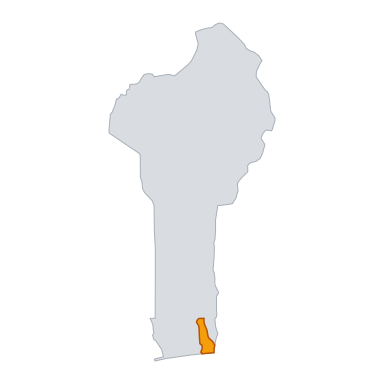 Ouémé highlighted on a map of Benin
{"feature_id": "BEN-2177", "entity_name": "Ouémé", "entity_type": "Department", "adm_level": 1, "iso_a3": "BEN", "parent_name": "Benin", "parent_adm1": "", "projection": "albers", "projection_center": [2.527, 6.671], "detail": "fine", "context": "in_parent", "style": "filled", "palette": "amber", "viewbox_px": 384, "rotation_deg": 0, "n_neighbors": 0, "source": "natural_earth", "source_scale": "10m", "svg_char_len": 2372}
<svg xmlns="http://www.w3.org/2000/svg" viewBox="0 0 384 384"><path d="M155.0,361.0L154.4,359.1L163.5,356.7L161.6,349.5L156.0,340.9L153.7,339.4L152.6,335.1L154.0,332.3L153.3,330.5L152.9,324.7L150.1,318.4L155.2,318.1L155.2,297.7L155.3,278.1L155.3,261.4L155.3,248.2L154.4,232.4L154.2,220.8L154.1,205.5L152.2,200.7L144.6,192.6L142.5,188.4L142.1,182.8L140.4,177.1L140.3,167.1L140.2,155.4L139.5,153.6L131.2,148.0L119.5,140.1L110.5,134.0L109.8,133.6L108.9,132.1L110.3,114.4L112.2,112.1L115.1,104.8L116.5,98.9L117.8,99.0L119.6,97.0L121.1,94.2L122.6,94.8L125.2,95.4L126.4,94.4L126.3,92.2L127.1,90.0L129.2,89.1L129.7,87.1L129.8,84.8L131.5,84.2L134.6,84.3L137.0,83.6L139.0,82.5L141.6,77.9L143.1,76.3L143.5,75.2L145.0,74.2L149.0,73.7L152.2,74.1L154.3,76.7L168.2,74.4L174.8,75.8L188.4,64.3L191.4,60.9L195.5,52.8L196.9,49.6L198.2,44.0L195.5,33.7L195.7,31.9L201.2,29.7L208.2,27.9L210.9,27.8L212.7,26.9L215.2,24.7L219.3,23.0L221.8,23.6L223.3,23.9L237.9,37.5L244.3,44.4L246.0,48.0L249.3,50.5L254.1,52.1L258.6,55.6L262.0,60.6L259.8,64.1L256.4,71.3L256.2,77.0L264.4,89.0L265.4,90.2L267.5,92.0L268.6,94.3L269.6,100.2L270.2,106.8L270.8,111.3L274.8,117.6L275.1,120.1L272.3,129.5L271.7,130.5L271.0,130.8L266.7,130.0L264.9,131.0L262.6,134.2L261.2,137.4L261.2,138.7L264.9,144.6L262.6,153.2L260.1,158.5L255.8,161.5L251.9,162.3L249.2,163.7L247.6,165.6L247.8,171.7L242.1,177.2L238.9,181.1L237.4,183.5L238.0,190.7L236.0,197.9L232.4,203.7L224.5,204.9L217.8,205.6L215.5,220.2L215.6,229.4L215.0,238.9L213.9,242.7L214.4,248.2L213.9,260.4L213.0,270.1L214.2,272.7L214.9,278.3L214.8,284.2L216.5,288.3L218.4,291.8L218.3,293.7L217.4,294.8L216.5,296.3L216.5,310.2L216.9,314.3L216.4,316.9L214.9,319.1L215.5,326.1L216.7,330.5L217.9,333.8L216.7,336.6L215.7,340.2L214.2,349.4L214.1,352.6L191.3,354.9L165.7,358.6L155.0,361.0Z" fill="#d9dde1" stroke="#a8b0b8" stroke-width="1"/><path d="M214.4,346.9L214.0,349.3L214.0,352.7L202.0,353.8L201.9,352.9L201.6,352.7L201.3,352.7L200.9,352.3L201.1,351.2L202.0,349.1L202.2,347.7L202.0,345.2L201.3,344.8L201.1,344.6L200.8,344.5L200.5,344.4L199.9,343.4L199.5,338.4L199.4,336.7L199.2,330.8L199.0,327.7L198.5,325.4L196.6,322.4L196.7,321.3L197.3,320.2L198.2,319.0L199.1,318.5L200.6,318.4L204.0,318.4L203.9,321.2L204.4,324.0L207.0,330.3L208.1,336.7L209.2,338.5L211.8,340.7L212.7,341.6L214.8,345.2L214.6,345.8L214.4,346.9Z" fill="#f59e0b" stroke="#b45309" stroke-width="1.5"/></svg>